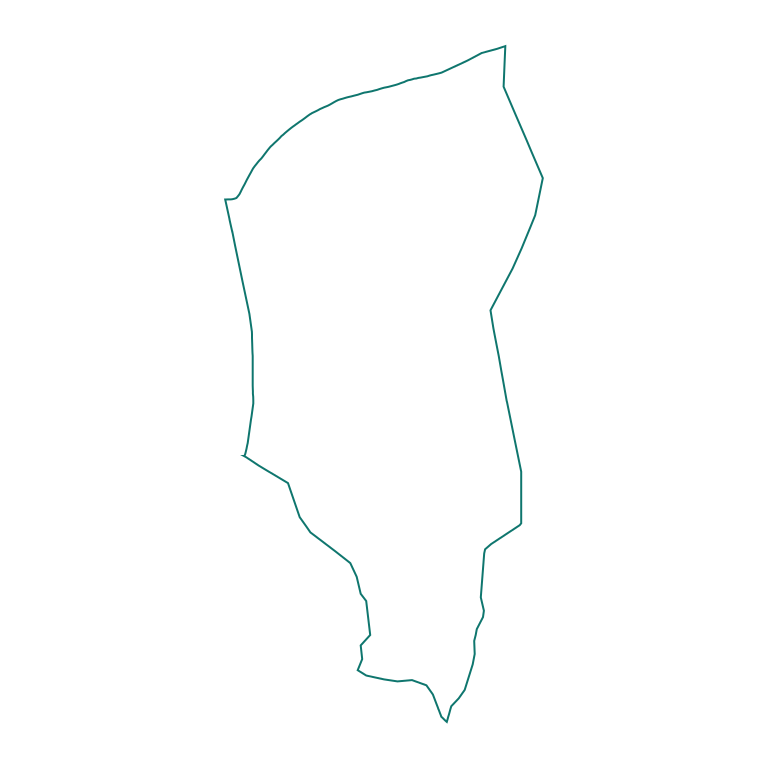 Ash Sharyah, Al Bayda', Yemen (Equal Earth projection)
{"feature_id": "15242507B68116415632307", "entity_name": "Ash Sharyah", "entity_type": "district", "adm_level": 2, "iso_a3": "YEM", "parent_name": "Yemen", "parent_adm1": "Al Bayda'", "projection": "equal_earth", "projection_center": [45.055, 14.284], "detail": "fine", "context": "isolated", "style": "outline", "palette": "teal", "viewbox_px": 768, "rotation_deg": 0, "n_neighbors": 0, "source": "geoboundaries", "source_scale": "gbopen_adm2", "svg_char_len": 3227}
<svg xmlns="http://www.w3.org/2000/svg" viewBox="0 0 768 768"><path d="M520.0,524.8L521.2,523.3L521.2,493.6L521.2,471.7L513.9,436.0L510.4,418.7L507.0,402.0L506.7,401.0L503.0,380.1L501.4,371.3L498.8,356.3L496.5,344.5L494.6,334.7L493.4,328.3L490.5,310.3L512.6,268.5L521.2,249.3L521.7,248.2L523.5,243.8L530.5,226.8L535.2,215.2L542.8,178.1L531.8,152.5L531.0,150.6L526.7,140.4L525.1,136.7L515.2,113.8L503.6,86.7L504.7,60.2L505.3,46.5L505.3,46.1L497.2,48.8L481.7,53.0L467.6,60.5L441.6,72.6L439.5,73.2L437.5,73.7L435.4,74.2L433.3,74.7L431.4,75.1L429.5,75.6L427.4,76.3L425.2,76.7L422.6,77.2L420.5,77.6L418.4,77.9L416.3,78.5L414.1,78.7L412.0,79.4L410.1,79.9L408.0,80.3L406.0,81.1L404.2,82.0L402.0,82.7L399.5,83.6L399.4,83.7L397.4,84.4L395.4,85.0L393.1,85.6L390.5,86.3L388.2,86.9L386.2,87.3L384.1,87.7L381.6,88.4L379.3,89.1L378.2,89.5L377.0,89.9L374.5,90.5L372.0,91.2L369.5,91.7L366.4,92.3L364.3,92.6L362.3,93.2L359.9,94.0L357.9,94.7L355.9,95.2L353.9,95.7L351.3,96.4L349.0,96.9L346.6,97.5L344.6,98.1L342.7,98.7L340.4,99.3L338.3,100.0L336.2,101.0L334.2,102.1L332.0,103.4L329.9,104.6L328.0,105.6L326.1,106.4L324.1,107.2L322.2,108.1L320.1,109.0L318.0,110.2L316.0,111.2L313.9,112.2L311.8,113.2L311.1,113.7L310.0,114.3L307.2,116.3L305.4,117.7L303.5,119.1L301.7,120.4L299.7,121.7L297.4,123.4L295.4,124.8L294.8,125.3L293.2,126.4L291.2,127.9L289.2,129.5L286.9,131.4L284.9,133.1L283.2,134.7L281.4,136.1L279.9,137.8L278.3,139.4L276.5,141.1L274.3,143.1L272.5,144.9L270.8,146.4L269.4,148.0L269.1,148.4L267.7,150.1L265.9,152.5L264.5,154.3L263.1,156.2L261.3,158.5L259.4,160.4L257.8,162.3L256.4,164.1L254.7,166.2L253.7,167.6L253.3,168.1L252.7,169.1L252.1,170.2L250.8,172.6L249.4,175.1L248.1,177.5L246.9,179.7L245.7,182.1L244.6,184.3L243.0,187.2L241.8,189.5L240.6,192.0L239.4,194.3L238.0,196.1L236.4,198.0L234.5,198.7L234.0,198.8L232.4,199.2L231.8,199.3L230.6,199.4L228.3,199.4L225.5,199.5L225.2,199.5L226.2,204.0L229.5,219.2L229.5,219.5L230.4,223.6L231.8,229.8L232.2,231.6L232.3,231.6L235.1,245.7L242.4,280.9L249.4,313.9L251.9,331.7L252.0,334.3L252.0,337.7L252.1,340.7L252.2,343.5L252.3,347.1L252.4,350.3L252.5,353.0L252.7,355.9L252.7,358.7L252.7,361.9L252.7,365.2L252.7,367.8L252.7,371.2L252.7,374.1L252.7,377.3L252.7,379.8L252.7,382.6L252.7,385.4L252.8,388.8L252.9,391.3L252.9,393.8L253.2,396.7L253.3,400.2L253.3,403.3L253.3,403.5L251.5,416.6L251.0,419.5L247.7,443.1L247.1,445.7L246.5,448.8L245.9,451.3L245.3,453.8L244.4,456.0L244.0,456.0L245.8,457.0L258.6,465.5L265.7,469.8L288.0,483.1L295.0,503.5L299.7,517.2L300.5,518.3L306.4,526.6L310.4,532.4L335.3,551.3L350.3,563.1L356.7,576.8L360.7,593.8L366.2,601.0L370.2,635.0L360.7,645.4L362.2,659.1L357.7,670.2L366.2,675.5L367.9,675.9L384.1,679.4L397.5,681.4L412.0,680.1L426.4,685.3L432.9,694.5L436.2,703.2L437.2,705.8L437.9,707.6L438.5,709.4L438.7,709.7L439.2,711.0L440.0,713.2L440.8,715.2L441.3,716.7L442.5,717.8L443.8,719.1L444.9,720.2L446.1,721.3L446.8,721.9L447.7,718.8L448.2,716.9L448.7,715.3L449.0,714.3L449.5,712.5L450.0,710.6L450.2,709.9L450.5,708.8L451.3,706.2L458.7,698.4L464.7,689.9L472.7,664.4L474.7,654.0L474.2,640.9L475.7,635.0L476.8,629.1L483.0,617.1L483.9,610.7L480.8,597.4L484.2,553.4L485.1,549.3L491.2,544.0L519.7,525.2L520.0,524.8Z" fill="none" stroke="#0f766e" stroke-width="2"/></svg>